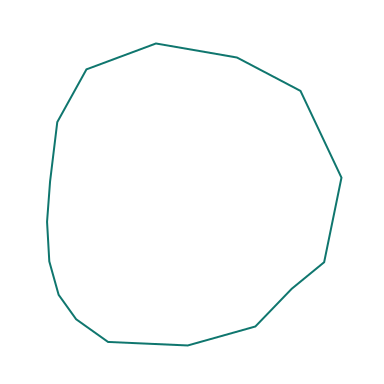 Kamituga, Sud-Kivu, Democratic Republic of the Congo (orthographic projection), rotated 173°
{"feature_id": "63176286B35677174574617", "entity_name": "Kamituga", "entity_type": "district", "adm_level": 2, "iso_a3": "COD", "parent_name": "Democratic Republic of the Congo", "parent_adm1": "Sud-Kivu", "projection": "orthographic", "projection_center": [28.195, -3.062], "detail": "fine", "context": "isolated", "style": "outline", "palette": "teal", "viewbox_px": 384, "rotation_deg": 173, "n_neighbors": 0, "source": "geoboundaries", "source_scale": "gbopen_adm2", "svg_char_len": 361}
<svg xmlns="http://www.w3.org/2000/svg" viewBox="0 0 384 384"><g transform="rotate(173 192 192)"><path d="M104.8,83.8L69.4,106.2L41.9,188.0L72.0,279.1L131.0,320.0L209.7,343.8L281.8,326.6L317.2,277.8L331.6,219.7L339.5,180.1L342.1,140.5L336.9,106.2L322.5,79.8L293.6,53.4L214.9,40.2L145.5,50.8L104.8,83.8Z" fill="none" stroke="#0f766e" stroke-width="2"/></g></svg>